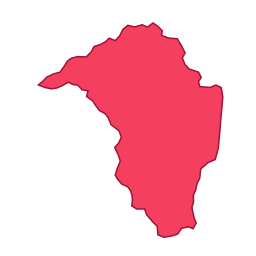 Vinhedo, São Paulo, Brazil, rotated 94°
{"feature_id": "56859067B14267912017366", "entity_name": "Vinhedo", "entity_type": "district", "adm_level": 2, "iso_a3": "BRA", "parent_name": "Brazil", "parent_adm1": "São Paulo", "projection": "albers", "projection_center": [-46.977, -23.061], "detail": "fine", "context": "isolated", "style": "filled", "palette": "rose", "viewbox_px": 256, "rotation_deg": 94, "n_neighbors": 0, "source": "geoboundaries", "source_scale": "gbopen_adm2", "svg_char_len": 1301}
<svg xmlns="http://www.w3.org/2000/svg" viewBox="0 0 256 256"><g transform="rotate(94 128 128)"><path d="M224.0,56.1L218.1,53.3L213.5,55.6L208.2,57.2L202.9,58.7L196.8,57.4L190.9,58.2L185.4,56.2L178.9,55.3L172.8,52.9L163.7,52.6L156.9,45.7L153.4,38.8L141.8,36.5L122.9,36.1L117.0,36.1L107.7,35.9L90.6,35.6L81.2,37.8L79.0,43.3L81.8,48.9L81.7,59.3L76.8,60.9L72.4,58.5L67.3,61.6L64.9,71.1L60.5,75.7L54.3,78.7L49.0,76.3L42.3,80.3L35.5,85.1L35.5,93.0L33.4,101.0L28.7,100.5L24.2,105.6L21.5,110.4L26.0,115.6L24.0,121.0L26.7,128.4L25.6,135.3L30.1,140.1L36.5,142.6L41.7,146.8L39.7,153.1L43.4,156.3L46.5,161.1L49.2,167.7L54.6,169.9L60.0,174.7L60.3,183.3L62.3,189.3L65.4,193.1L70.1,195.5L77.0,199.7L79.5,206.6L83.0,212.7L86.9,215.9L91.3,220.4L93.3,214.1L94.3,207.2L93.1,201.8L90.3,196.5L86.5,190.6L88.4,186.1L88.9,180.9L93.1,176.5L93.7,170.4L99.4,171.6L103.4,165.1L108.0,161.7L112.6,157.7L115.3,151.8L119.2,148.4L125.8,145.2L131.5,136.7L137.6,134.0L143.9,136.4L148.3,139.9L155.4,135.9L161.5,133.4L169.1,135.9L176.0,137.5L180.4,134.3L184.6,130.0L186.5,124.4L190.4,121.0L195.3,119.2L199.7,118.6L205.4,118.8L208.2,113.8L207.6,105.8L213.4,103.2L220.7,96.0L223.7,92.2L228.1,91.3L232.5,90.7L234.5,84.6L232.7,77.1L230.4,71.1L224.3,67.4L222.3,60.6L224.0,56.1Z" fill="#f43f5e" stroke="#9f1239" stroke-width="1.5"/></g></svg>